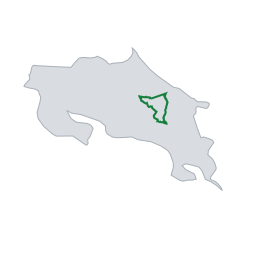 Turrialba, Cartago, Costa Rica (highlighted), rotated 341°
{"feature_id": "36466004B38119903555726", "entity_name": "Turrialba", "entity_type": "district", "adm_level": 2, "iso_a3": "CRI", "parent_name": "Costa Rica", "parent_adm1": "Cartago", "projection": "robinson", "projection_center": [-83.562, 9.784], "detail": "fine", "context": "in_parent", "style": "outline", "palette": "green", "viewbox_px": 256, "rotation_deg": 341, "n_neighbors": 0, "source": "geoboundaries", "source_scale": "gbopen_adm2", "svg_char_len": 5754}
<svg xmlns="http://www.w3.org/2000/svg" viewBox="0 0 256 256"><g transform="rotate(341 128 128)"><path d="M212.8,131.1L212.5,132.1L211.6,133.3L210.3,134.4L208.7,135.2L204.7,132.8L200.7,130.2L198.5,131.4L197.7,134.8L196.3,136.6L194.4,137.3L193.7,138.4L193.5,150.0L193.7,160.9L196.6,161.1L201.6,164.9L203.8,167.1L204.4,169.2L203.8,170.2L200.2,172.6L196.6,175.6L194.8,179.3L198.0,185.4L198.6,189.5L198.5,193.8L197.7,195.9L190.8,200.8L189.3,202.5L189.5,203.8L193.3,207.2L195.1,210.5L196.6,214.5L196.8,217.9L193.3,211.5L188.5,205.4L184.4,201.7L184.1,192.9L182.4,188.1L176.1,183.7L170.8,180.6L166.8,181.3L169.2,186.3L175.5,192.8L175.9,195.3L175.8,198.6L171.5,198.1L167.7,196.7L163.0,196.3L159.9,194.3L153.4,186.6L158.0,180.0L159.5,175.6L159.4,166.7L158.3,162.3L153.2,155.7L145.2,148.4L133.9,142.5L128.6,137.7L115.4,134.0L110.4,131.6L106.5,127.0L105.9,123.8L107.3,118.8L103.6,112.5L87.9,100.0L79.1,95.4L77.2,92.7L75.9,91.9L77.2,100.5L81.0,105.7L91.1,110.5L93.8,113.3L94.9,117.0L89.1,124.0L86.1,125.8L85.2,129.6L83.3,130.8L81.3,128.6L73.2,117.6L57.5,112.3L54.6,109.0L48.8,99.0L46.1,89.8L47.1,83.7L53.6,74.2L55.6,70.0L55.2,67.5L55.4,63.7L53.0,61.1L47.0,57.6L43.2,54.9L44.3,53.5L51.1,49.8L51.6,46.5L51.6,45.4L52.7,45.2L53.7,44.3L54.3,43.4L56.2,40.2L57.8,38.3L59.7,38.1L62.0,39.4L70.6,42.8L80.2,46.7L93.9,52.1L99.5,48.6L104.4,46.0L107.8,46.4L115.1,49.5L119.6,50.5L122.3,50.1L127.0,54.7L129.5,58.1L130.0,60.4L131.4,61.7L135.0,61.9L144.0,64.2L149.5,63.8L154.5,61.3L157.2,58.4L158.1,53.8L159.3,56.0L160.8,59.7L161.4,64.3L167.9,79.8L173.0,88.5L184.3,104.3L189.2,107.2L197.4,119.9L200.2,122.0L201.9,125.7L210.4,128.8L212.8,131.1Z" fill="#d9dde1" stroke="#a8b0b8" stroke-width="1"/><path d="M165.8,136.4L165.9,136.0L165.8,135.8L165.9,135.5L165.9,135.4L165.7,135.2L165.5,134.8L165.5,134.6L165.4,134.5L165.4,134.3L165.4,134.2L165.1,133.9L164.5,133.5L164.4,133.3L164.4,133.2L164.5,132.9L164.5,132.4L164.6,131.9L164.7,131.6L164.7,131.3L164.9,131.1L165.0,130.8L164.9,130.3L164.9,130.2L164.7,130.1L164.7,129.9L164.8,129.7L165.0,129.6L165.2,129.4L165.7,128.9L165.8,128.8L165.8,128.6L166.1,128.3L166.1,128.2L166.4,128.0L166.5,127.9L166.8,127.8L167.0,127.7L167.1,127.3L167.3,127.2L167.5,127.0L167.7,126.9L167.8,126.8L167.8,126.7L168.0,126.6L168.1,126.4L168.2,126.2L168.3,126.0L168.4,125.9L168.7,125.4L168.9,125.1L168.9,124.9L168.9,124.7L168.9,124.4L168.8,123.9L168.8,123.6L169.1,123.3L169.2,123.2L169.6,122.6L169.7,122.4L169.9,122.1L170.0,121.9L170.2,121.7L170.6,121.5L170.6,121.4L170.7,121.1L170.8,120.9L171.0,120.6L171.1,120.4L171.2,120.1L171.5,119.6L171.8,119.4L172.0,119.1L172.1,118.9L172.3,118.6L172.5,118.4L172.6,118.0L172.6,117.9L172.8,117.7L173.1,117.5L173.2,117.3L173.3,117.2L173.4,116.9L173.5,116.9L173.6,116.5L173.5,116.4L173.7,115.9L173.8,115.9L173.8,115.7L173.7,115.5L173.6,115.4L173.5,115.2L173.4,114.8L173.4,114.7L173.5,114.5L173.5,114.3L173.6,114.1L173.7,113.9L173.5,113.4L173.5,113.2L173.3,113.1L173.3,112.9L173.3,112.7L173.2,112.7L173.2,112.8L173.1,112.7L173.1,112.4L172.9,112.3L172.9,112.2L173.0,112.1L172.9,112.0L172.9,111.9L173.0,111.6L173.1,111.4L172.9,111.1L172.9,110.9L172.8,110.7L172.7,110.4L172.7,110.2L172.9,110.3L173.0,110.3L173.1,110.2L173.4,109.9L173.5,109.7L173.4,109.6L173.5,109.4L173.4,109.1L173.6,108.8L173.8,108.7L174.0,108.6L174.2,108.3L174.3,108.3L174.3,108.1L174.8,107.7L167.8,107.7L167.5,107.7L163.0,107.7L160.0,107.7L159.3,107.4L158.9,106.8L158.7,106.8L158.7,106.7L158.6,106.4L158.4,106.5L158.4,106.4L158.3,106.2L158.1,106.2L157.9,106.0L157.7,105.9L157.5,105.7L157.4,105.7L157.2,105.7L156.7,105.3L156.5,105.2L156.4,105.2L156.2,105.1L155.9,105.0L155.7,105.0L155.4,104.8L155.2,104.6L155.1,104.3L154.8,104.3L154.7,104.3L154.4,104.4L154.2,104.4L154.2,104.5L153.8,104.4L149.1,101.8L149.1,102.1L149.1,102.5L149.3,102.9L149.3,103.1L149.3,103.3L149.3,103.5L149.4,103.9L149.5,104.2L149.7,104.3L149.9,104.4L150.0,104.5L150.0,104.8L149.9,104.9L149.8,105.0L149.7,105.1L149.6,105.3L149.3,105.7L149.3,105.8L149.4,106.0L149.5,106.5L149.6,106.9L149.7,107.0L149.8,107.0L150.0,107.2L150.3,107.3L150.6,107.5L150.8,107.7L150.9,107.9L150.9,108.2L151.0,108.4L151.0,108.6L151.2,108.8L151.3,109.0L151.6,109.3L151.9,109.3L152.0,109.6L152.1,109.8L152.3,110.0L152.5,110.2L152.7,110.5L152.8,110.6L153.1,110.5L153.3,110.6L153.6,110.8L154.0,110.6L154.0,113.1L154.0,113.6L154.1,113.8L154.2,114.0L154.3,114.1L154.4,114.4L154.4,114.6L154.5,114.8L154.7,115.0L155.0,115.0L155.5,115.0L155.9,115.0L156.0,114.9L156.5,114.9L156.7,115.1L156.9,115.4L157.1,115.5L157.2,115.4L157.5,115.4L157.5,115.5L157.6,115.9L157.6,116.1L157.5,116.3L157.4,116.6L157.3,116.8L157.6,117.3L157.7,117.7L157.8,117.8L157.9,118.0L158.1,118.2L158.1,118.3L158.2,118.5L158.5,119.1L158.8,119.4L158.7,119.6L158.8,119.8L158.9,120.0L159.0,120.1L159.2,120.3L159.3,120.4L159.5,121.2L159.7,121.4L159.9,121.6L160.0,121.6L160.0,121.8L160.2,122.0L159.0,122.9L158.9,123.0L158.6,123.2L158.1,123.6L157.7,123.7L157.4,124.1L157.1,124.2L156.9,124.3L156.7,124.4L156.6,124.5L156.4,124.8L156.3,125.1L156.2,125.2L156.2,125.4L156.2,125.7L156.2,125.8L156.3,125.9L156.3,126.0L156.2,126.5L156.1,126.8L156.3,127.3L156.5,127.5L156.8,127.8L157.0,127.8L157.2,128.1L157.5,128.4L157.7,128.6L158.0,128.9L158.1,129.0L158.1,129.3L158.3,129.4L158.6,129.5L158.8,129.7L158.8,129.9L158.8,130.2L158.7,130.3L158.7,130.6L158.4,130.9L158.5,130.9L158.6,131.0L158.7,131.3L158.7,131.5L158.8,131.7L159.0,132.0L159.3,132.2L159.5,132.3L159.8,132.4L159.8,132.5L160.2,132.5L160.5,132.5L160.6,132.9L161.1,133.2L161.2,133.3L161.4,133.3L161.5,133.4L161.6,133.5L161.9,133.6L162.1,133.6L162.5,133.7L162.9,133.6L163.0,134.0L163.1,134.3L163.3,134.5L163.6,134.8L163.8,135.0L164.1,135.2L164.2,135.3L164.4,135.3L164.5,135.4L164.7,135.5L164.8,135.6L164.9,135.8L165.2,135.9L165.4,136.1L165.5,136.2L165.8,136.4Z" fill="none" stroke="#15803d" stroke-width="2"/></g></svg>